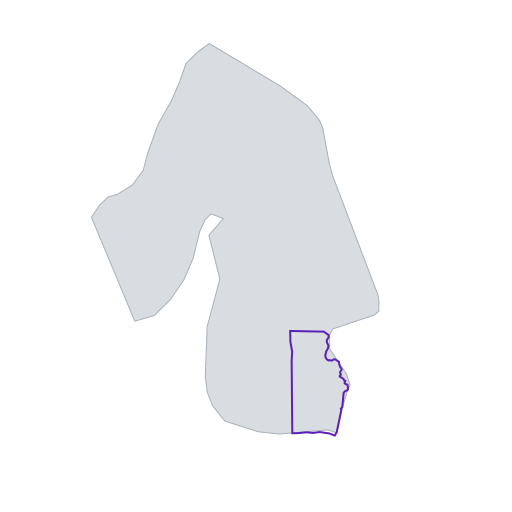 location of Alaili Dadda, Obock, Djibouti, rotated 125°
{"feature_id": "41766387B98599288227121", "entity_name": "Alaili Dadda", "entity_type": "district", "adm_level": 2, "iso_a3": "DJI", "parent_name": "Djibouti", "parent_adm1": "Obock", "projection": "albers", "projection_center": [42.912, 12.453], "detail": "fine", "context": "in_parent", "style": "outline", "palette": "violet", "viewbox_px": 512, "rotation_deg": 125, "n_neighbors": 0, "source": "geoboundaries", "source_scale": "gbopen_adm2", "svg_char_len": 1609}
<svg xmlns="http://www.w3.org/2000/svg" viewBox="0 0 512 512"><g transform="rotate(125 256 256)"><path d="M378.9,317.9L362.8,343.4L342.1,376.0L318.7,413.0L304.0,413.3L292.6,411.1L284.8,404.8L268.7,398.0L250.6,397.5L233.3,403.9L204.0,411.8L177.5,414.3L156.2,418.7L138.5,423.8L122.6,420.9L108.8,416.2L105.9,376.8L102.9,334.0L103.4,300.5L108.3,282.1L112.6,275.0L137.6,249.6L146.3,239.2L174.9,197.2L199.4,161.1L217.7,134.1L223.2,128.8L230.9,123.7L236.4,125.2L271.8,151.3L278.0,150.6L289.8,142.5L300.6,114.7L308.1,104.5L311.3,104.8L334.0,97.0L354.6,88.2L357.2,97.4L388.4,134.7L398.6,153.1L409.1,186.7L403.7,205.5L395.6,217.7L383.6,228.6L342.0,255.4L295.6,272.4L266.0,306.5L244.0,304.1L247.3,317.0L255.5,318.5L268.4,316.1L293.9,306.2L316.6,301.4L341.0,301.1L363.2,305.3L378.9,317.9Z" fill="#d9dde1" stroke="#a8b0b8" stroke-width="1"/><path d="M380.4,124.6L379.7,123.6L377.4,120.5L373.3,115.7L371.4,113.4L368.1,107.6L363.6,102.8L360.2,95.9L359.4,94.5L357.9,88.5L354.1,88.8L334.8,97.1L333.0,97.9L332.4,98.9L330.4,98.6L318.2,105.5L317.9,105.7L316.0,105.6L313.4,104.2L312.2,104.2L308.9,107.3L309.5,108.9L309.5,109.7L309.2,110.6L307.1,111.2L307.4,112.3L306.5,113.8L306.7,118.3L306.3,118.6L304.5,118.4L303.4,120.1L302.8,120.6L300.1,120.7L299.3,121.3L298.8,123.1L296.9,125.8L295.1,127.3L295.3,132.1L295.9,132.9L297.6,133.6L298.2,133.9L299.3,136.3L300.0,136.6L300.0,138.8L299.2,140.7L298.0,142.0L294.3,143.7L290.3,144.1L287.8,145.3L286.4,147.9L286.2,148.3L284.5,149.7L281.0,149.9L279.1,151.2L279.1,157.1L297.8,185.0L306.6,178.6L313.7,171.4L321.1,166.9L380.4,124.6Z" fill="none" stroke="#5b21b6" stroke-width="2"/></g></svg>